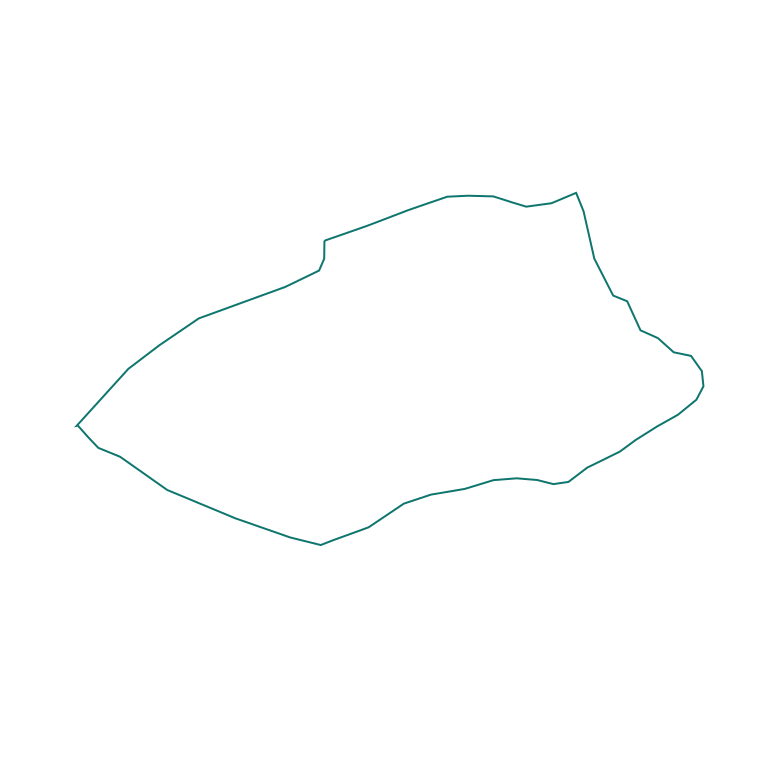 outline of Ockelbo, Gävleborg, Sweden, rotated 340°
{"feature_id": "70781695B90060355953602", "entity_name": "Ockelbo", "entity_type": "district", "adm_level": 2, "iso_a3": "SWE", "parent_name": "Sweden", "parent_adm1": "Gävleborg", "projection": "robinson", "projection_center": [16.627, 60.941], "detail": "fine", "context": "isolated", "style": "outline", "palette": "teal", "viewbox_px": 768, "rotation_deg": 340, "n_neighbors": 0, "source": "geoboundaries", "source_scale": "gbopen_adm2", "svg_char_len": 821}
<svg xmlns="http://www.w3.org/2000/svg" viewBox="0 0 768 768"><g transform="rotate(340 384 384)"><path d="M80.9,318.2L82.1,318.4L87.9,333.0L93.7,346.3L111.1,362.1L144.1,409.5L198.4,459.4L243.2,496.0L269.5,513.7L281.8,513.4L320.5,513.4L361.7,503.2L390.3,504.0L424.0,510.2L454.0,511.8L476.4,518.0L495.1,526.6L508.9,536.0L523.8,539.1L546.3,532.1L582.5,528.2L597.2,523.9L601.2,522.7L626.1,517.3L649.8,513.4L672.2,505.6L683.4,495.4L687.1,480.6L682.1,462.6L667.1,453.3L657.1,434.6L643.4,421.3L640.8,389.4L629.6,379.3L624.5,338.1L630.6,290.0L629.9,270.1L603.2,271.4L578.3,266.0L565.9,256.7L550.9,245.1L527.3,235.8L507.4,229.6L466.3,228.9L422.8,229.6L378.1,229.0L376.8,229.6L370.6,245.9L361.8,255.2L324.5,259.0L274.8,259.0L232.5,259.0L186.4,270.7L149.0,282.3L80.9,318.2Z" fill="none" stroke="#0f766e" stroke-width="2"/></g></svg>